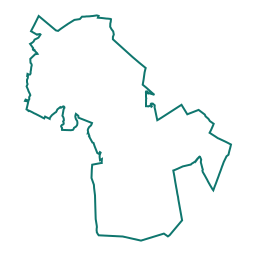 San José Chiltepec, Oaxaca, Mexico
{"feature_id": "50627088B5602491796839", "entity_name": "San José Chiltepec", "entity_type": "district", "adm_level": 2, "iso_a3": "MEX", "parent_name": "Mexico", "parent_adm1": "Oaxaca", "projection": "orthographic", "projection_center": [-96.132, 17.914], "detail": "fine", "context": "isolated", "style": "outline", "palette": "teal", "viewbox_px": 256, "rotation_deg": 0, "n_neighbors": 0, "source": "geoboundaries", "source_scale": "gbopen_adm2", "svg_char_len": 5372}
<svg xmlns="http://www.w3.org/2000/svg" viewBox="0 0 256 256"><path d="M226.5,156.3L228.3,154.9L228.5,154.7L228.8,153.2L229.4,150.8L230.2,147.9L230.4,147.1L231.0,144.5L230.2,144.1L229.6,143.8L229.4,143.7L229.2,143.6L227.7,142.8L226.7,142.3L225.5,141.7L218.9,138.6L217.9,138.2L214.9,136.2L211.6,134.1L210.1,133.1L209.6,132.8L211.0,130.1L212.1,127.6L212.6,126.5L213.1,125.3L213.7,123.8L209.9,121.1L208.4,118.8L205.5,116.3L205.2,115.4L204.7,114.5L199.4,110.5L198.6,109.9L187.3,114.3L181.5,104.8L161.3,117.8L158.7,119.4L157.3,120.2L156.3,115.5L155.6,112.1L155.2,110.1L154.7,108.0L154.6,107.5L154.7,105.3L153.0,103.8L152.9,103.9L151.9,103.5L151.5,103.6L151.4,104.0L151.0,103.8L150.8,104.0L150.8,104.5L151.5,104.9L151.4,105.4L151.8,106.4L151.4,106.7L151.1,106.0L150.9,105.7L150.6,105.7L149.2,106.0L148.6,106.4L146.8,106.2L146.5,106.2L146.0,106.2L146.0,104.3L146.0,103.2L146.0,102.7L146.0,102.3L146.1,101.2L146.1,100.9L146.0,100.2L146.1,99.5L146.1,99.3L146.1,98.6L146.3,98.3L146.1,97.6L146.0,97.2L146.0,93.5L145.9,92.3L146.0,91.6L146.4,91.6L146.8,91.4L147.0,91.6L146.8,91.8L147.0,91.9L146.9,92.2L147.5,92.5L147.5,92.9L147.7,93.3L148.1,93.4L148.2,92.9L148.4,93.2L148.7,93.2L148.8,93.1L148.9,93.4L149.3,93.3L154.4,94.8L151.8,92.6L145.9,87.3L145.6,87.1L144.4,86.1L142.7,84.7L143.6,79.6L144.6,72.3L145.5,68.6L145.7,68.0L139.2,62.7L132.4,56.9L112.9,39.3L112.9,36.9L113.8,34.5L113.2,31.4L111.5,29.2L110.2,26.8L110.3,23.4L110.7,22.0L111.0,19.2L110.3,18.9L107.3,18.6L106.8,18.6L106.7,18.6L103.4,18.2L101.7,18.0L100.6,17.9L97.9,17.7L98.6,15.9L96.8,15.4L92.8,16.0L91.4,16.1L89.7,16.3L89.3,16.3L89.1,16.3L88.1,16.4L86.5,16.4L85.0,16.6L83.5,16.7L83.4,16.7L82.0,16.7L81.9,16.8L79.8,19.1L74.4,19.9L67.8,24.0L62.4,27.7L60.4,29.1L58.1,30.9L55.9,30.4L38.7,16.0L35.3,22.9L34.9,23.6L34.8,24.0L34.7,24.1L33.3,26.8L33.0,27.3L32.4,28.5L31.7,29.8L31.0,31.2L35.3,33.7L37.0,34.7L37.3,34.4L38.2,34.2L39.0,34.5L39.6,34.1L40.2,34.4L40.4,34.3L41.0,33.8L38.5,37.6L38.2,37.8L37.7,38.1L34.6,39.6L33.6,41.5L32.2,42.7L31.2,43.3L30.1,43.9L30.6,44.6L30.9,45.0L32.5,47.2L32.6,47.4L32.6,47.6L33.0,47.8L33.2,48.2L32.9,49.5L33.1,49.8L33.7,50.3L34.5,50.0L35.0,51.0L35.3,51.5L35.9,52.0L36.3,52.5L36.7,53.0L36.8,53.1L37.0,53.1L37.5,53.9L35.2,54.2L30.3,58.9L30.5,62.8L31.1,63.4L31.5,64.2L31.7,64.9L31.7,65.5L31.5,66.3L31.4,66.7L31.3,66.9L30.9,70.3L30.6,71.6L30.6,73.3L30.5,73.7L30.0,74.5L29.0,74.6L27.5,73.9L27.2,75.8L27.9,75.7L27.9,77.2L27.7,78.3L27.0,79.8L27.0,81.7L27.1,82.7L27.6,84.1L26.6,86.4L28.1,89.8L28.4,90.9L30.1,94.4L30.3,95.3L29.8,96.0L29.5,96.6L29.2,97.1L29.2,98.0L29.3,99.0L29.1,99.6L28.5,100.2L28.3,100.3L27.7,100.3L25.6,99.6L25.0,100.9L28.3,101.5L27.9,103.4L27.3,106.0L26.9,107.7L26.8,107.9L26.5,109.4L27.0,109.7L27.9,110.1L28.1,110.5L28.3,110.7L28.4,110.9L28.8,111.1L29.3,110.8L30.0,111.1L32.6,112.4L33.6,113.0L34.6,113.5L35.6,113.9L36.5,114.4L37.5,114.9L38.5,115.4L40.4,116.4L41.4,116.9L42.2,117.4L44.2,118.4L45.1,116.6L45.8,117.0L46.9,117.5L48.8,118.4L49.0,118.5L49.6,118.8L49.6,118.7L50.1,117.7L50.5,116.9L51.6,115.6L51.9,115.2L52.1,115.0L52.5,114.7L55.0,112.7L55.5,112.4L55.9,112.2L56.1,112.0L56.6,111.1L57.4,109.4L60.3,107.1L60.9,107.7L62.0,107.1L62.6,106.7L63.3,106.4L63.8,106.5L64.1,106.8L64.4,107.2L64.4,107.9L64.0,108.2L63.5,109.9L63.2,111.7L62.9,113.3L62.7,114.6L62.4,115.8L62.9,116.5L63.3,117.2L63.6,118.1L63.8,119.1L63.9,120.3L63.6,120.9L63.2,121.2L63.1,121.5L63.4,122.0L63.6,122.7L63.7,123.6L63.5,124.1L63.1,124.5L62.2,124.8L61.8,125.1L61.3,125.7L61.1,126.3L61.3,126.8L61.6,127.3L61.9,127.6L62.1,128.3L61.9,128.9L62.0,129.9L67.7,130.1L70.9,130.2L72.9,129.9L73.7,128.8L74.0,127.9L74.8,127.3L76.0,126.6L77.1,125.1L77.4,123.6L77.4,122.4L77.2,121.2L76.9,120.5L76.1,119.5L75.6,118.1L75.3,116.5L75.5,115.1L75.9,113.9L78.3,115.8L78.4,116.7L78.5,117.7L92.0,123.0L91.4,124.7L90.9,125.5L89.0,127.2L87.9,129.4L87.8,130.6L88.0,131.3L88.1,131.7L87.8,133.1L88.3,132.9L88.5,133.5L89.4,136.0L89.5,136.8L89.3,136.8L92.4,142.5L93.5,142.9L94.6,146.2L97.3,153.0L98.9,153.9L99.9,152.1L100.6,152.6L99.7,155.1L99.6,156.9L100.0,160.1L101.9,159.0L101.7,161.4L101.7,163.0L101.1,163.0L92.2,164.7L91.8,169.7L91.5,178.0L93.9,184.8L94.1,188.0L95.0,195.4L95.4,209.5L95.7,219.1L96.7,225.3L96.9,227.1L96.7,228.3L96.6,230.4L96.8,231.4L96.8,232.2L97.7,233.9L98.7,235.3L122.7,236.5L141.0,240.6L163.9,233.6L167.9,236.4L169.6,235.2L181.6,220.9L182.1,220.4L178.5,200.3L178.4,199.8L178.0,196.7L177.9,196.4L177.3,193.6L176.9,191.0L176.6,189.2L176.5,188.8L176.2,187.2L176.0,186.0L175.7,184.3L175.5,183.2L175.4,182.7L174.8,179.0L174.7,178.3L174.6,177.7L174.5,177.1L174.4,176.6L174.3,175.9L174.2,175.4L174.1,174.9L173.9,173.7L173.7,172.8L173.3,170.5L174.2,170.2L178.0,168.6L178.6,168.3L181.5,167.0L181.7,166.9L182.8,166.4L190.1,164.7L190.8,164.6L191.7,163.7L192.9,163.0L195.2,161.5L196.3,160.1L196.3,160.6L197.4,159.1L199.0,157.0L199.6,156.6L200.0,156.8L201.2,159.6L200.8,161.9L200.8,162.2L202.0,166.8L202.3,168.0L202.8,169.7L202.4,170.7L202.5,170.9L202.8,172.1L203.6,173.4L203.9,173.9L204.0,174.2L204.2,174.4L204.8,175.5L205.8,177.3L206.5,178.6L207.1,179.6L207.7,180.9L209.0,183.3L209.3,183.7L209.6,184.4L210.7,186.2L211.1,186.9L211.4,187.4L211.5,187.6L212.1,188.5L212.2,188.8L212.7,189.5L213.3,190.3L214.0,188.4L214.6,186.7L215.2,185.2L215.6,184.2L216.6,181.5L217.1,180.1L218.6,176.1L219.1,174.6L219.9,172.5L220.8,170.1L221.5,168.1L222.3,165.8L222.4,165.7L223.7,162.1L226.5,156.3Z" fill="none" stroke="#0f766e" stroke-width="2"/></svg>